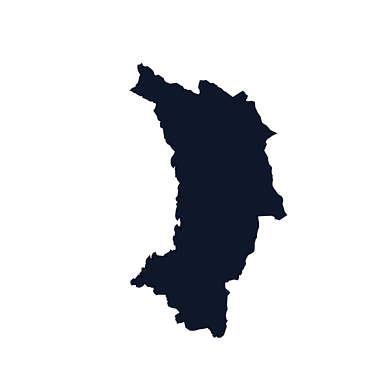 Rio Branco do Sul, Paraná, Brazil (Mercator projection), rotated 234°
{"feature_id": "56859067B90191721283188", "entity_name": "Rio Branco do Sul", "entity_type": "district", "adm_level": 2, "iso_a3": "BRA", "parent_name": "Brazil", "parent_adm1": "Paraná", "projection": "mercator", "projection_center": [-49.343, -25.056], "detail": "fine", "context": "isolated", "style": "filled", "palette": "ink", "viewbox_px": 384, "rotation_deg": 234, "n_neighbors": 0, "source": "geoboundaries", "source_scale": "gbopen_adm2", "svg_char_len": 4561}
<svg xmlns="http://www.w3.org/2000/svg" viewBox="0 0 384 384"><g transform="rotate(234 192 192)"><path d="M228.0,295.0L230.1,293.4L231.4,290.9L233.1,288.7L234.7,288.8L235.7,290.2L236.3,291.8L237.3,293.0L239.1,292.2L241.8,292.5L243.4,292.1L244.1,280.3L253.0,277.5L254.7,276.5L258.3,276.1L261.7,274.0L263.4,274.3L264.8,273.4L267.1,272.9L268.6,270.3L271.2,269.6L273.7,268.8L274.8,266.6L276.9,264.1L274.4,260.9L272.3,258.9L269.8,258.8L267.1,257.2L266.2,254.4L268.3,252.9L271.5,250.8L274.1,250.6L275.7,249.5L276.6,247.7L278.5,247.1L279.8,245.6L283.0,245.9L284.7,244.8L287.0,244.0L288.6,243.3L289.6,241.9L291.1,238.9L292.2,236.9L294.1,236.3L295.4,235.0L298.5,234.4L300.5,235.2L303.5,234.2L306.2,233.1L306.9,230.8L308.4,229.8L312.1,230.9L314.2,230.9L319.4,229.4L320.6,227.1L323.2,225.9L325.2,226.5L325.0,224.8L326.0,222.8L324.3,221.5L321.3,220.2L318.6,219.8L316.6,220.0L315.9,217.8L313.9,215.8L311.7,213.0L311.0,209.9L309.5,208.1L310.6,204.7L310.2,202.3L309.0,203.3L306.9,203.8L305.3,205.1L303.8,205.4L302.0,206.2L300.1,207.3L299.9,209.2L297.3,208.2L293.5,210.6L290.3,211.8L288.8,214.2L286.9,214.0L284.8,215.9L282.9,214.4L280.6,211.2L280.0,209.2L273.5,208.9L271.0,207.6L269.3,207.8L267.8,209.2L265.9,207.1L263.1,205.2L260.6,206.5L258.8,205.8L257.0,204.6L253.0,202.8L251.7,201.8L250.0,202.4L248.1,201.0L245.3,201.1L242.8,202.3L238.9,201.9L234.7,202.8L233.2,201.2L232.0,198.5L231.7,196.5L230.0,194.2L228.6,193.2L227.3,192.2L225.3,191.4L223.1,191.5L223.9,193.1L222.4,194.6L219.9,191.9L218.4,191.4L217.2,190.3L215.5,189.5L213.9,188.0L212.5,188.9L210.7,188.0L208.1,188.1L205.7,188.1L204.8,185.2L203.4,183.3L200.9,182.4L199.2,180.6L197.0,179.0L196.0,175.5L194.2,174.8L192.5,175.5L191.3,174.2L191.1,172.5L188.9,172.2L187.3,169.9L185.6,168.1L182.0,164.8L179.8,164.0L178.2,163.9L179.5,167.2L177.8,167.4L173.8,165.5L172.4,164.3L171.3,163.1L169.2,162.7L168.2,160.6L170.8,161.4L172.1,160.2L174.1,160.4L173.6,158.0L171.6,156.0L168.8,155.1L167.4,153.7L165.7,152.5L166.7,151.3L165.1,149.4L162.6,148.6L159.9,147.0L158.1,147.9L155.1,145.9L153.8,144.0L155.4,142.8L154.7,141.2L157.3,140.4L156.4,138.9L156.5,137.2L156.8,134.8L156.9,132.8L155.3,133.0L156.8,130.4L159.1,127.8L161.5,125.7L164.3,126.5L164.9,124.8L163.5,122.2L160.8,120.4L162.8,118.7L164.8,119.7L163.9,115.9L162.8,114.4L160.8,113.2L159.4,111.2L157.3,109.7L159.5,107.0L156.9,105.0L156.4,102.0L153.4,102.4L152.5,100.9L154.4,101.0L156.0,99.9L155.3,97.6L154.3,94.2L156.0,93.5L155.5,90.3L153.9,89.2L152.4,89.0L151.3,91.2L150.1,92.7L148.0,91.9L146.1,93.6L145.4,96.9L146.3,100.1L144.9,100.6L141.6,101.0L140.4,102.9L138.6,103.7L137.7,105.4L135.8,104.9L134.1,102.7L131.8,102.6L130.1,103.0L129.3,105.0L127.1,107.7L125.4,110.1L124.3,111.4L122.8,110.1L120.8,110.0L119.2,108.7L117.0,109.2L116.5,107.3L113.7,106.4L111.1,107.7L107.1,111.4L103.9,111.7L102.0,111.9L100.7,110.7L101.4,108.6L101.2,105.7L99.5,105.4L98.0,104.0L96.1,104.2L94.6,103.3L94.2,104.8L92.8,107.0L92.7,109.3L90.9,110.0L88.9,109.0L86.1,107.8L83.6,108.7L82.0,109.2L80.9,110.2L79.1,112.6L78.1,115.2L77.1,117.9L75.7,120.2L74.1,123.6L73.3,125.9L71.7,125.5L70.3,126.0L67.8,125.9L66.1,125.3L64.6,126.1L63.4,124.7L61.5,125.1L61.7,127.5L59.5,127.8L58.0,129.8L58.1,133.0L59.9,135.9L61.7,138.3L63.2,140.5L65.8,141.4L66.8,142.8L67.4,144.5L69.1,144.2L71.0,145.4L72.9,146.3L75.3,148.9L76.7,151.4L80.5,153.2L84.1,156.3L87.8,159.4L88.7,163.0L91.0,162.8L93.0,161.9L95.0,161.8L96.9,163.1L98.2,163.9L100.1,165.1L98.8,168.1L99.1,170.4L98.2,172.1L97.6,174.0L96.5,175.6L94.5,177.4L95.4,179.1L96.9,180.0L98.5,181.5L96.9,182.3L97.5,184.4L99.5,185.8L100.1,188.3L101.2,189.8L102.0,191.9L103.1,193.3L105.0,193.9L106.6,196.0L108.5,199.9L108.5,201.7L108.0,203.8L108.0,206.8L109.2,208.3L111.5,210.1L114.3,212.1L116.9,215.4L117.7,217.5L119.6,218.8L121.7,220.9L123.3,223.1L124.9,225.3L126.2,226.1L127.9,227.4L129.4,228.2L131.0,228.9L132.7,229.7L134.4,231.2L126.7,242.7L124.8,244.1L123.0,245.0L121.4,243.9L120.1,245.4L118.5,246.4L118.1,254.9L120.1,254.7L122.2,254.9L127.0,256.7L129.6,257.5L131.9,260.1L133.7,261.1L136.2,261.2L138.3,260.0L140.1,259.7L147.6,259.8L150.2,260.2L152.5,261.8L154.7,264.1L156.8,265.0L158.3,266.3L160.0,266.6L161.8,267.6L163.5,269.0L165.1,270.5L169.6,270.1L171.5,270.9L173.5,271.7L175.4,273.1L178.7,273.6L183.4,274.0L184.7,275.9L185.8,277.9L187.2,280.1L189.1,280.0L190.5,281.6L191.1,283.7L191.1,285.8L191.0,287.9L191.0,290.7L190.2,294.2L193.6,292.3L196.0,291.1L197.9,291.0L199.9,290.9L202.1,290.6L204.4,289.5L207.0,288.7L209.2,289.5L212.7,291.0L217.8,291.1L220.4,291.7L222.4,292.0L224.1,292.6L225.9,293.7L228.0,295.0Z" fill="#0f172a" stroke="#020617" stroke-width="1.5"/></g></svg>